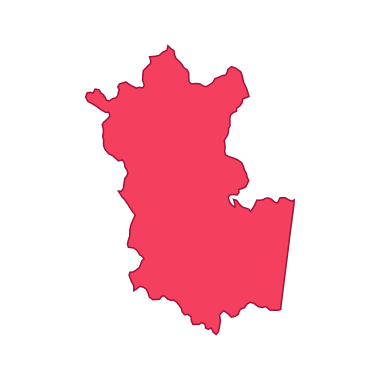 São José do Povo, Mato Grosso, Brazil (Natural Earth projection), rotated 336°
{"feature_id": "56859067B50563436026084", "entity_name": "São José do Povo", "entity_type": "district", "adm_level": 2, "iso_a3": "BRA", "parent_name": "Brazil", "parent_adm1": "Mato Grosso", "projection": "natural_earth1", "projection_center": [-54.277, -16.458], "detail": "fine", "context": "isolated", "style": "filled", "palette": "rose", "viewbox_px": 384, "rotation_deg": 336, "n_neighbors": 0, "source": "geoboundaries", "source_scale": "gbopen_adm2", "svg_char_len": 3156}
<svg xmlns="http://www.w3.org/2000/svg" viewBox="0 0 384 384"><g transform="rotate(336 192 192)"><path d="M233.0,55.5L231.0,52.5L229.5,48.6L226.8,52.3L222.4,52.3L217.6,53.9L214.1,53.2L210.9,52.1L208.2,51.2L207.7,55.2L206.4,57.8L203.2,58.7L200.3,60.0L196.8,61.4L194.9,64.7L192.4,69.8L191.8,75.0L189.5,76.9L186.5,74.9L183.6,74.5L181.3,72.0L179.1,69.2L176.4,64.6L169.8,63.8L167.0,65.7L167.1,69.0L165.2,71.1L163.4,73.8L160.6,75.1L157.8,74.4L153.4,75.2L151.2,73.3L151.1,70.3L150.6,67.1L149.2,64.7L148.5,60.6L145.3,58.6L142.1,61.4L139.2,59.4L136.5,58.8L133.5,61.9L133.7,66.8L137.4,71.6L140.0,75.6L142.1,79.4L145.5,84.1L148.5,85.3L147.9,89.3L143.8,91.1L139.9,92.2L137.4,94.0L136.7,98.1L135.4,101.3L133.0,104.8L132.3,108.9L131.0,111.4L130.0,114.1L129.9,117.9L131.5,123.2L134.5,126.8L136.2,130.8L137.4,133.6L141.4,134.4L142.1,137.6L140.9,142.1L141.5,145.9L140.9,148.9L138.9,150.8L136.1,152.4L133.3,156.6L130.6,160.9L127.9,162.6L125.1,161.2L126.1,167.8L127.2,170.8L128.1,175.2L129.0,181.1L129.6,185.2L130.7,189.9L126.6,193.7L122.8,197.3L121.2,199.4L119.6,201.7L117.2,206.9L114.2,210.2L111.8,213.4L111.4,216.6L116.1,219.5L117.6,222.1L118.5,225.0L118.6,228.0L120.4,230.7L121.0,233.6L118.4,234.4L115.7,237.1L113.4,239.4L109.4,240.6L105.5,241.1L102.7,240.0L100.6,242.5L100.3,249.0L100.7,254.0L98.6,258.5L102.1,258.0L105.9,257.0L108.6,258.9L110.7,261.9L110.8,265.7L110.3,270.6L112.5,274.5L115.0,275.5L118.9,276.8L121.9,274.9L124.7,275.8L126.3,280.2L128.4,282.1L131.1,283.2L133.3,286.4L134.3,290.8L134.9,294.1L134.3,297.4L135.2,301.0L138.6,302.3L140.4,305.6L139.0,309.5L139.0,313.3L144.5,315.8L148.0,315.3L150.1,318.2L149.1,321.8L151.0,324.0L154.4,324.2L154.4,328.6L156.1,332.0L159.2,330.4L161.9,326.9L165.5,321.3L166.4,318.2L167.2,315.5L170.1,314.1L172.7,313.3L175.2,317.4L177.0,322.3L180.7,323.1L184.4,322.6L187.5,319.4L190.1,318.7L192.7,319.1L196.5,316.8L200.4,316.3L203.6,319.4L205.8,323.6L209.5,326.3L212.9,326.7L215.3,331.6L218.6,333.3L222.7,335.1L225.3,335.4L227.0,332.2L254.5,286.8L265.1,269.2L279.9,245.1L282.2,240.8L279.5,241.0L277.5,238.9L274.7,235.1L270.1,233.1L265.8,236.6L263.6,235.3L261.5,230.6L259.1,228.4L256.5,227.6L253.8,228.0L250.5,227.1L247.9,225.8L243.2,230.1L237.5,233.7L236.9,230.7L232.1,226.5L230.4,222.8L229.4,217.8L226.9,215.7L226.4,220.5L225.0,223.1L223.3,220.8L222.4,217.3L222.4,214.4L223.2,211.3L225.6,210.1L228.9,211.2L232.1,213.1L234.7,211.5L235.8,208.8L240.2,209.3L243.3,209.1L246.5,206.4L248.5,204.6L248.4,201.0L249.2,197.0L248.8,193.2L249.3,190.1L249.3,185.5L246.8,181.2L243.7,177.9L240.0,174.6L237.6,171.4L238.5,168.0L240.5,164.5L241.5,161.5L242.5,158.0L245.4,156.0L248.0,154.1L250.1,151.3L251.6,148.5L253.7,146.9L255.5,142.6L256.7,139.7L259.1,137.1L262.0,136.2L265.5,136.3L266.9,133.6L270.5,132.9L274.1,130.8L276.3,127.6L279.4,127.8L283.0,127.9L283.9,120.3L283.8,112.8L285.2,105.8L285.4,101.8L282.1,96.4L279.0,93.5L274.7,94.6L272.8,96.9L270.4,98.9L267.2,98.0L262.9,98.0L259.2,97.8L255.5,100.5L250.6,101.3L247.6,101.5L245.1,99.4L243.1,96.3L239.7,94.5L235.3,93.0L234.2,89.7L235.7,85.9L237.5,81.8L237.2,78.5L235.2,75.2L234.5,70.5L233.1,66.5L231.8,63.8L231.8,59.6L233.0,55.5Z" fill="#f43f5e" stroke="#9f1239" stroke-width="1.5"/></g></svg>